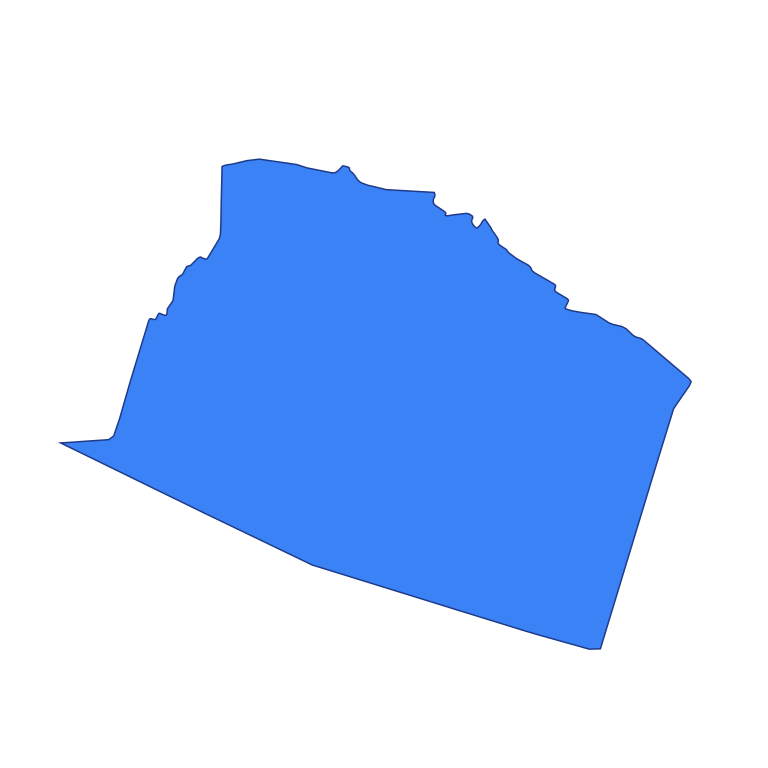 map outline of Santiago del Estero (orthographic projection), rotated 106°
{"feature_id": "ARG-1304", "entity_name": "Santiago del Estero", "entity_type": "Province", "adm_level": 1, "iso_a3": "ARG", "parent_name": "Argentina", "parent_adm1": "", "projection": "orthographic", "projection_center": [-64.331, -27.868], "detail": "fine", "context": "isolated", "style": "filled", "palette": "blue", "viewbox_px": 768, "rotation_deg": 106, "n_neighbors": 0, "source": "natural_earth", "source_scale": "10m", "svg_char_len": 2589}
<svg xmlns="http://www.w3.org/2000/svg" viewBox="0 0 768 768"><g transform="rotate(106 384 384)"><path d="M388.8,100.0L578.9,103.0L582.3,113.7L582.6,165.3L582.5,179.9L581.1,248.3L578.3,378.7L577.8,403.0L570.0,448.6L557.8,520.1L546.9,582.1L540.9,615.8L529.8,678.6L513.4,633.3L508.4,629.5L490.2,628.6L452.3,628.6L388.8,627.6L386.5,627.3L386.1,627.1L385.5,626.3L385.4,625.5L385.4,623.2L385.3,622.4L385.1,621.8L384.4,621.3L383.2,620.9L379.3,620.3L378.3,619.9L377.9,619.2L377.9,618.4L378.4,615.0L378.4,614.3L378.3,613.5L378.2,612.9L377.8,612.4L377.1,612.1L376.1,612.0L372.0,612.9L370.9,612.8L363.0,610.1L361.3,609.9L348.2,612.0L346.0,612.0L339.4,611.5L338.5,611.1L337.5,610.7L336.2,609.8L335.0,608.5L334.4,608.1L333.3,607.7L326.2,606.2L325.4,605.8L324.7,604.9L323.6,603.0L323.2,602.5L314.9,598.0L313.3,596.6L312.5,595.5L312.9,593.9L313.1,590.8L313.0,589.3L312.5,588.7L311.5,588.2L289.7,582.4L285.2,582.5L273.0,585.5L252.1,591.1L219.5,599.6L217.1,596.3L215.9,593.6L215.6,593.0L214.5,590.5L207.2,577.6L202.2,565.8L197.1,528.3L197.5,517.7L195.4,492.5L194.9,490.6L194.7,489.9L194.3,489.2L192.0,487.1L187.2,484.5L186.3,484.2L185.9,484.0L185.6,483.5L185.5,482.8L185.4,478.3L185.5,477.6L185.9,476.9L187.8,475.9L188.5,475.3L189.8,472.3L191.4,469.9L194.0,466.9L195.4,465.0L196.8,461.8L197.4,454.4L196.5,435.2L186.0,388.5L187.6,387.4L188.9,387.0L189.6,386.9L190.4,387.0L192.3,387.4L193.5,387.4L194.8,387.1L196.0,386.5L197.0,385.9L197.3,385.5L198.4,383.3L201.6,373.1L202.4,372.0L203.3,371.5L204.6,371.6L205.0,371.6L205.0,369.7L201.9,363.0L197.2,351.7L197.1,348.8L198.3,345.2L198.9,344.9L199.7,344.5L202.1,344.8L202.8,344.7L203.5,344.5L204.1,344.3L204.5,344.0L205.6,343.1L206.0,342.7L206.8,341.7L208.2,339.3L208.4,338.6L208.5,338.3L208.4,337.6L208.0,337.3L205.9,335.9L203.7,334.9L201.6,334.5L199.9,334.0L198.0,332.8L197.7,332.3L204.6,324.0L206.3,322.7L211.6,316.0L213.1,314.5L214.2,313.7L217.0,313.3L217.7,312.5L218.5,311.3L220.9,303.9L221.4,303.1L223.5,300.2L226.9,291.3L228.2,285.8L229.9,278.5L230.2,277.5L230.9,276.2L231.9,274.9L232.6,274.2L233.3,273.8L233.9,273.5L235.6,270.0L239.5,254.2L241.0,248.3L241.7,246.5L242.6,246.1L243.5,246.0L245.1,246.0L246.5,245.8L247.1,245.6L247.7,244.8L248.3,243.5L251.5,231.5L252.3,230.0L253.8,229.7L261.0,230.9L261.6,230.2L261.8,227.9L261.8,223.1L260.8,213.7L258.9,200.5L258.9,199.4L259.2,197.9L263.3,184.3L263.6,180.6L263.2,171.5L264.0,167.2L264.2,166.4L268.4,158.4L269.2,155.8L269.4,154.6L269.4,150.6L269.5,149.0L270.2,146.8L294.8,92.5L297.1,89.4L301.6,90.0L323.8,97.5L324.0,97.5L328.0,98.8L388.8,100.0Z" fill="#3b82f6" stroke="#1e3a8a" stroke-width="1.5"/></g></svg>